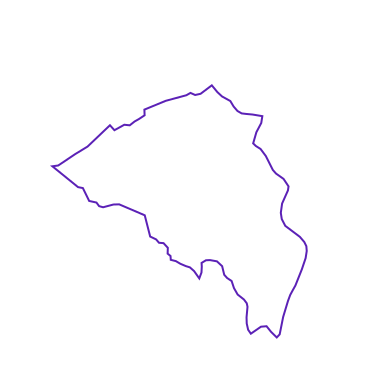 the district of Carnaúba dos Dantas, Rio Grande do Norte, Brazil, rotated 24°
{"feature_id": "56859067B30276688890297", "entity_name": "Carnaúba dos Dantas", "entity_type": "district", "adm_level": 2, "iso_a3": "BRA", "parent_name": "Brazil", "parent_adm1": "Rio Grande do Norte", "projection": "natural_earth1", "projection_center": [-36.538, -6.554], "detail": "fine", "context": "isolated", "style": "outline", "palette": "violet", "viewbox_px": 384, "rotation_deg": 24, "n_neighbors": 0, "source": "geoboundaries", "source_scale": "gbopen_adm2", "svg_char_len": 1392}
<svg xmlns="http://www.w3.org/2000/svg" viewBox="0 0 384 384"><g transform="rotate(24 192 192)"><path d="M54.0,225.3L85.9,233.9L90.7,232.8L98.5,239.3L101.7,242.0L109.0,240.5L112.9,242.7L117.0,242.1L125.3,235.4L130.5,232.9L158.3,232.5L171.9,249.7L178.5,249.9L182.5,251.8L186.8,250.3L192.6,252.8L194.8,258.2L198.4,259.2L200.2,262.6L205.4,261.7L210.5,262.3L216.6,262.2L220.7,261.7L226.1,263.4L233.8,268.0L233.4,261.7L231.3,256.2L229.6,252.9L232.5,248.7L236.1,246.9L243.0,245.2L249.7,247.5L255.1,254.5L259.1,256.3L264.4,257.2L269.4,262.7L275.4,267.1L283.2,269.1L287.3,271.4L289.4,274.3L292.8,284.3L295.5,289.9L299.3,295.0L303.4,297.5L309.8,287.0L314.7,284.3L321.1,287.6L328.6,290.4L330.0,286.4L326.1,269.1L324.0,252.5L323.6,246.1L324.0,240.7L324.5,235.4L323.8,217.9L322.7,206.2L320.8,199.2L318.5,195.0L314.9,192.0L308.8,189.1L299.7,187.0L291.0,185.0L285.0,180.2L281.6,174.9L279.0,165.9L279.0,151.5L277.9,147.6L270.3,142.8L261.3,141.0L256.9,139.0L244.8,129.1L237.1,124.8L231.6,124.0L228.1,122.7L226.5,111.2L227.2,100.8L225.4,94.1L215.8,96.6L209.6,98.7L205.4,100.0L200.6,99.5L195.3,97.0L190.0,93.3L180.6,92.5L174.5,90.4L166.7,86.5L159.9,98.8L155.4,102.1L150.3,102.1L147.5,105.9L130.9,119.4L115.0,136.1L117.5,141.2L113.8,147.0L110.9,150.9L108.0,156.4L102.8,158.1L96.0,167.1L89.9,164.4L86.5,172.6L78.1,193.0L70.0,204.7L59.0,222.2L54.0,225.3Z" fill="none" stroke="#5b21b6" stroke-width="2"/></g></svg>